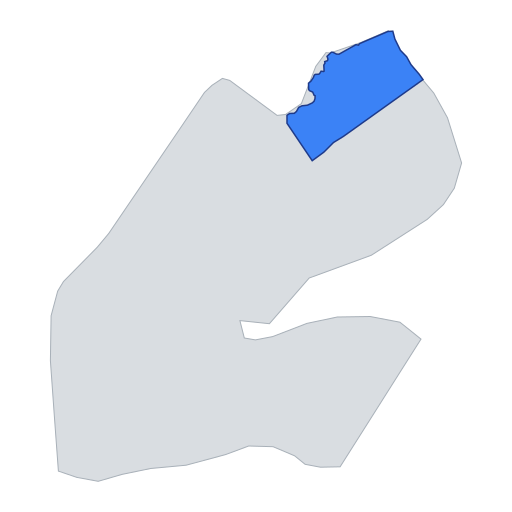 location of Alaili Dadda, Obock, Djibouti
{"feature_id": "41766387B98599288227121", "entity_name": "Alaili Dadda", "entity_type": "district", "adm_level": 2, "iso_a3": "DJI", "parent_name": "Djibouti", "parent_adm1": "Obock", "projection": "albers", "projection_center": [42.912, 12.453], "detail": "fine", "context": "in_parent", "style": "filled", "palette": "blue", "viewbox_px": 512, "rotation_deg": 0, "n_neighbors": 0, "source": "geoboundaries", "source_scale": "gbopen_adm2", "svg_char_len": 1521}
<svg xmlns="http://www.w3.org/2000/svg" viewBox="0 0 512 512"><path d="M421.0,339.1L399.3,373.3L371.6,417.1L340.1,466.8L320.4,467.2L305.1,464.3L294.6,455.8L273.1,446.7L248.7,446.0L225.5,454.6L186.1,465.2L150.6,468.5L122.0,474.4L98.2,481.3L76.9,477.4L58.4,471.1L54.5,418.2L50.4,360.7L51.1,315.8L57.7,291.1L63.5,281.5L97.1,247.4L108.7,233.5L147.1,177.0L180.0,128.6L204.5,92.4L212.0,85.3L222.4,78.4L229.7,80.4L277.1,115.4L285.5,114.5L301.4,103.6L315.8,66.3L326.0,52.6L330.3,53.0L360.8,42.5L388.4,30.7L391.9,43.0L433.8,93.1L447.5,117.8L461.6,163.0L454.3,188.2L443.4,204.6L427.3,219.3L371.4,255.2L309.2,278.0L269.4,323.7L239.9,320.6L244.3,338.0L255.4,339.9L272.6,336.6L306.9,323.4L337.3,317.0L370.1,316.5L399.9,322.2L421.0,339.1Z" fill="#d9dde1" stroke="#a8b0b8" stroke-width="1"/><path d="M423.0,79.6L422.1,78.3L419.0,74.0L413.5,67.6L410.9,64.5L406.6,56.7L400.4,50.3L395.9,41.1L394.9,39.1L392.8,31.2L387.8,31.5L361.9,42.6L359.3,43.8L358.6,45.1L355.9,44.7L339.5,53.9L339.1,54.2L336.5,54.1L333.0,52.3L331.4,52.2L327.0,56.3L327.8,58.5L327.9,59.6L327.4,60.7L324.7,61.6L325.0,63.1L323.8,65.1L324.1,71.1L323.6,71.5L321.1,71.2L319.6,73.6L318.8,74.2L315.2,74.4L314.2,75.2L313.4,77.5L310.9,81.2L308.5,83.2L308.7,89.6L309.6,90.7L311.8,91.7L312.7,92.1L314.1,95.3L315.1,95.7L315.0,98.6L314.1,101.2L312.3,102.9L307.4,105.2L302.0,105.8L298.7,107.4L296.8,110.8L296.5,111.4L294.3,113.3L289.6,113.5L287.0,115.3L287.0,123.3L312.2,160.7L323.9,152.1L333.5,142.5L343.4,136.4L423.0,79.6Z" fill="#3b82f6" stroke="#1e3a8a" stroke-width="1.5"/></svg>